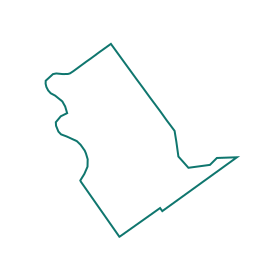 Wyandotte, Kansas, United States of America, rotated 234°
{"feature_id": "52423323B35969743598572", "entity_name": "Wyandotte", "entity_type": "district", "adm_level": 2, "iso_a3": "USA", "parent_name": "United States of America", "parent_adm1": "Kansas", "projection": "robinson", "projection_center": [-94.709, 39.097], "detail": "fine", "context": "isolated", "style": "outline", "palette": "teal", "viewbox_px": 256, "rotation_deg": 234, "n_neighbors": 0, "source": "geoboundaries", "source_scale": "gbopen_adm2", "svg_char_len": 811}
<svg xmlns="http://www.w3.org/2000/svg" viewBox="0 0 256 256"><g transform="rotate(234 128 128)"><path d="M206.1,163.6L206.1,163.2L206.2,149.1L206.1,138.4L206.2,133.1L206.1,117.1L206.3,113.1L207.0,111.2L209.9,107.0L214.3,102.0L215.7,99.0L214.6,89.2L212.3,87.4L209.2,86.1L205.3,85.5L201.5,85.9L197.0,88.1L188.1,90.5L182.3,89.8L175.8,87.5L177.0,80.5L176.0,76.6L175.1,73.0L172.1,71.1L166.0,69.6L162.2,70.1L157.2,73.4L147.4,78.9L142.2,79.8L135.1,79.7L132.1,79.0L126.4,77.0L120.5,72.5L116.5,65.7L113.6,58.6L112.3,58.3L45.1,57.1L45.0,57.7L44.4,106.9L40.6,106.9L40.3,198.9L51.5,182.3L50.0,172.6L60.3,153.5L75.3,152.0L88.2,158.9L98.3,164.0L106.1,163.9L111.3,163.8L121.6,163.9L122.9,163.9L139.5,163.7L152.3,163.7L162.6,163.6L172.9,163.6L179.3,163.6L206.1,163.6Z" fill="none" stroke="#0f766e" stroke-width="2"/></g></svg>